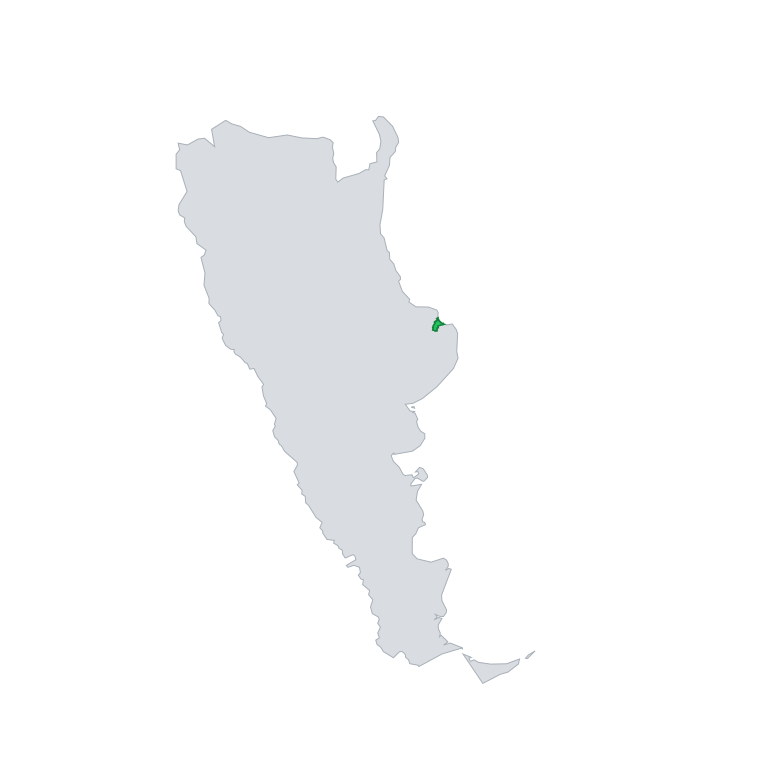 Castelli, Buenos Aires, Argentina (highlighted), rotated 330°
{"feature_id": "61730980B13025573352502", "entity_name": "Castelli", "entity_type": "district", "adm_level": 2, "iso_a3": "ARG", "parent_name": "Argentina", "parent_adm1": "Buenos Aires", "projection": "equal_earth", "projection_center": [-57.446, -36.02], "detail": "fine", "context": "in_parent", "style": "filled", "palette": "green", "viewbox_px": 768, "rotation_deg": 330, "n_neighbors": 0, "source": "geoboundaries", "source_scale": "gbopen_adm2", "svg_char_len": 5634}
<svg xmlns="http://www.w3.org/2000/svg" viewBox="0 0 768 768"><g transform="rotate(330 384 384)"><path d="M460.1,244.1L456.1,252.2L457.1,257.5L453.4,270.2L454.4,272.7L451.4,278.8L452.5,285.2L451.0,291.4L451.8,299.2L450.6,301.6L448.0,302.2L446.2,313.1L448.6,323.5L446.6,325.5L450.2,333.1L461.0,339.6L466.6,346.3L466.7,349.1L463.9,353.2L463.6,356.7L465.2,361.4L467.9,364.3L473.1,366.1L473.8,372.8L473.0,377.1L463.3,392.1L461.1,398.6L452.0,405.3L428.3,412.9L409.9,415.8L399.4,415.2L392.3,412.2L393.1,420.5L396.6,423.0L394.8,423.1L396.3,424.7L395.6,431.5L393.4,432.8L391.9,438.4L392.2,443.3L394.4,447.4L392.3,451.4L384.5,455.5L375.1,456.4L357.4,450.0L358.1,448.9L357.2,448.5L354.4,449.8L353.4,455.4L355.6,463.9L355.3,471.4L356.4,473.8L362.9,476.6L362.5,479.6L364.6,479.9L369.1,479.2L369.6,476.8L367.2,475.9L373.2,474.0L375.6,477.1L376.0,484.7L375.1,486.7L370.3,488.1L369.0,487.7L366.1,482.4L363.7,481.3L357.1,484.1L356.3,485.8L366.4,489.7L359.3,493.7L353.8,500.6L354.1,513.4L353.0,517.0L349.2,520.3L348.6,522.7L350.0,524.1L349.6,526.5L341.9,525.7L336.7,529.6L331.8,531.0L323.6,545.1L325.3,552.0L335.7,561.9L348.4,564.5L350.1,567.8L349.8,571.7L348.5,574.0L344.0,576.2L347.9,576.2L349.7,578.1L328.4,595.5L325.8,600.6L325.2,611.0L323.6,613.1L319.2,615.1L316.0,613.0L313.3,609.2L313.6,612.3L309.5,613.4L314.5,613.5L317.0,616.0L310.5,619.8L308.7,623.2L308.2,627.9L305.8,630.6L307.8,630.0L310.4,639.2L305.1,639.9L311.8,641.4L320.0,651.8L319.4,652.6L319.1,651.5L299.2,646.8L272.9,646.1L273.0,644.7L266.5,639.1L267.4,635.1L266.1,631.7L267.2,628.7L266.0,624.8L263.6,623.6L255.3,625.8L249.7,615.5L249.5,609.9L247.7,606.3L248.8,601.7L253.1,601.5L254.0,596.6L259.3,592.8L258.9,588.1L262.1,585.5L262.7,583.1L259.1,577.0L260.8,570.4L266.4,565.3L265.3,558.8L268.3,555.6L265.2,547.0L268.3,543.3L266.5,541.3L266.2,536.7L269.3,535.5L271.1,530.5L267.4,526.0L261.1,524.7L260.6,522.3L271.7,522.1L272.8,518.5L271.9,516.3L263.4,515.3L263.2,510.3L264.8,507.1L262.9,503.9L263.3,501.0L260.8,496.6L262.8,494.6L256.9,490.1L256.4,482.5L257.5,480.6L256.5,476.5L261.2,472.8L258.4,465.5L258.0,451.4L256.8,447.7L259.6,441.9L257.8,438.1L259.9,435.2L258.5,427.9L261.0,427.3L262.2,414.7L268.4,411.0L269.6,408.5L264.2,392.5L264.3,386.4L263.2,383.6L264.1,380.1L262.8,374.9L264.4,368.7L268.7,366.2L269.0,364.1L273.4,359.8L272.7,349.4L270.3,344.0L272.6,342.1L273.7,334.0L276.8,325.6L279.6,324.1L278.5,314.4L279.2,305.6L275.2,304.0L275.9,297.8L274.4,296.2L273.3,289.6L270.4,283.8L270.1,281.1L271.5,279.4L268.5,277.1L266.2,271.7L266.4,266.7L266.8,263.3L269.9,260.8L269.2,258.4L271.4,248.1L274.6,247.5L276.1,243.9L274.3,241.9L274.5,235.7L272.6,226.8L275.4,222.3L277.5,208.4L284.4,198.5L288.8,182.8L292.7,182.5L296.8,179.1L292.2,168.9L294.7,162.4L291.5,148.7L292.2,143.6L294.5,140.6L291.6,135.4L292.3,131.1L296.1,126.2L309.7,118.8L314.5,97.4L311.6,93.7L318.8,81.1L324.1,79.0L326.2,72.5L333.3,78.7L345.4,78.9L351.4,81.4L356.0,93.8L362.0,77.2L378.7,76.5L382.2,82.6L388.6,89.3L393.2,98.6L407.2,113.0L424.8,120.0L435.7,129.7L448.4,137.9L454.6,139.7L459.5,145.5L460.6,149.7L457.8,153.0L455.7,159.4L452.4,162.9L451.0,167.0L451.1,172.1L444.7,182.4L444.9,186.1L451.5,185.2L467.6,189.2L475.3,189.2L477.9,190.9L482.0,186.2L488.9,188.1L493.3,179.9L497.8,178.3L502.5,172.6L504.8,165.6L505.9,150.5L508.5,151.5L513.0,149.5L517.0,152.4L520.3,165.1L519.4,177.3L517.5,182.1L512.6,184.8L510.0,188.3L502.3,190.9L498.1,197.3L488.6,204.1L489.2,207.7L486.1,207.5L470.2,232.2L460.1,244.1ZM319.9,692.7L317.4,657.4L322.9,664.4L320.4,663.9L320.0,667.3L324.2,668.0L326.5,672.2L336.3,679.9L350.3,687.6L363.9,689.9L360.4,693.7L347.3,695.5L339.3,693.5L319.9,692.7ZM369.4,692.3L373.4,690.9L381.4,690.7L371.0,693.5L369.4,692.3ZM398.6,418.5L398.4,420.2L395.9,417.6L398.6,418.5Z" fill="#d9dde1" stroke="#a8b0b8" stroke-width="1"/><path d="M461.9,355.0L461.9,355.3L461.7,355.3L461.6,355.2L461.5,355.3L461.4,355.3L461.4,355.5L461.2,355.6L460.9,355.6L460.8,355.8L460.7,355.8L460.6,355.7L460.5,355.3L460.2,355.4L459.9,355.4L459.7,355.5L459.4,355.7L459.2,355.5L459.1,355.4L458.9,355.4L458.7,355.4L458.6,355.5L458.6,355.8L458.6,356.0L458.5,356.3L458.4,356.4L458.3,356.6L458.4,356.8L458.5,356.9L458.5,357.0L458.4,357.1L458.2,357.1L457.9,357.1L457.8,357.3L457.7,357.3L457.4,357.4L457.2,357.4L456.9,357.5L456.8,357.8L456.7,357.9L456.4,357.9L456.3,358.0L456.0,358.1L455.9,358.1L455.8,358.4L455.7,358.4L455.6,358.5L455.5,358.4L455.4,358.4L455.3,358.5L455.2,358.8L455.1,359.0L454.9,359.1L454.7,359.2L454.5,359.3L454.4,359.4L454.9,359.9L453.8,361.1L453.7,360.9L453.1,361.6L455.0,363.5L454.8,363.7L455.0,363.8L456.1,364.5L456.3,363.8L457.1,364.0L457.6,362.0L458.1,362.2L459.2,362.5L459.4,361.6L459.5,361.6L459.6,361.1L459.6,360.7L461.3,361.1L465.4,362.3L466.0,362.4L465.9,362.3L465.8,362.2L465.7,362.1L465.5,361.9L465.5,361.7L465.4,361.7L465.2,361.5L465.2,361.3L465.1,361.2L465.0,361.3L464.9,361.2L465.0,361.1L464.9,361.1L464.9,360.9L464.7,360.6L464.6,360.4L464.5,360.2L464.4,360.0L464.4,359.9L464.3,359.7L464.2,359.4L464.1,359.2L463.9,359.2L463.9,358.9L464.0,358.9L464.0,359.0L464.0,358.9L463.9,358.8L463.9,358.7L463.8,358.4L463.7,358.4L463.7,358.2L463.5,357.9L463.6,357.7L463.6,357.4L463.5,357.2L463.5,356.9L463.4,356.8L463.5,356.8L463.5,356.7L463.4,356.7L463.4,356.4L463.4,356.2L463.3,355.9L463.4,355.6L463.4,355.4L463.5,355.3L463.5,355.2L463.5,354.9L463.5,354.7L463.6,354.4L463.7,354.2L463.7,353.9L463.8,353.8L463.7,353.8L463.7,353.7L463.4,353.7L463.2,353.6L463.1,353.8L463.1,354.0L462.9,354.2L462.8,354.3L462.8,354.5L462.8,354.4L462.7,354.5L462.7,354.4L462.4,354.4L462.4,354.5L462.3,354.4L462.3,354.5L462.2,354.5L462.2,354.4L462.1,354.5L462.0,354.8L461.9,355.0Z" fill="#22c55e" stroke="#15803d" stroke-width="1.5"/></g></svg>